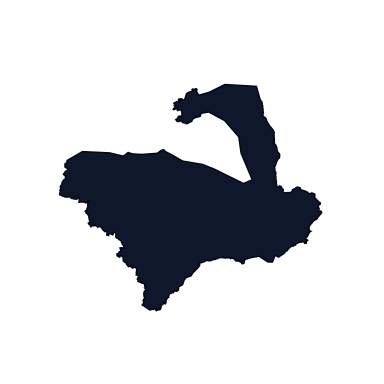 Cagaannuur, Hövsgöl, Mongolia, rotated 209°
{"feature_id": "93677404B97246695364333", "entity_name": "Cagaannuur", "entity_type": "district", "adm_level": 2, "iso_a3": "MNG", "parent_name": "Mongolia", "parent_adm1": "Hövsgöl", "projection": "mercator", "projection_center": [98.912, 51.64], "detail": "fine", "context": "isolated", "style": "filled", "palette": "ink", "viewbox_px": 384, "rotation_deg": 209, "n_neighbors": 0, "source": "geoboundaries", "source_scale": "gbopen_adm2", "svg_char_len": 6003}
<svg xmlns="http://www.w3.org/2000/svg" viewBox="0 0 384 384"><g transform="rotate(209 192 192)"><path d="M68.6,236.8L69.9,237.8L71.1,237.2L72.3,237.3L72.8,239.2L75.0,240.6L74.6,242.5L74.0,243.4L74.5,244.7L75.9,244.7L81.6,246.4L82.8,248.0L83.2,249.3L83.8,249.6L85.4,249.6L87.1,249.0L87.6,248.1L89.1,247.1L90.5,247.7L91.7,247.8L94.0,247.6L97.1,246.8L97.9,246.9L99.7,248.1L102.3,247.3L103.2,246.1L103.4,245.1L105.2,242.7L104.7,241.3L104.8,240.5L106.1,238.9L108.3,237.7L110.5,236.1L112.8,236.3L113.1,236.7L113.0,237.9L113.4,238.4L115.2,238.8L116.2,239.8L118.3,239.9L118.8,238.4L119.7,237.8L120.3,238.0L122.0,239.8L123.0,241.3L123.4,242.4L124.0,242.6L124.8,243.8L126.2,246.2L127.1,247.2L127.7,249.0L128.5,250.0L129.7,250.7L132.0,254.1L131.9,255.7L132.6,258.9L132.8,262.2L132.2,263.8L132.2,264.4L133.2,266.9L134.2,267.8L136.6,268.6L137.9,269.8L139.5,272.1L141.6,273.6L143.4,274.3L146.2,279.1L147.1,280.1L147.5,281.2L148.3,282.1L148.9,283.8L149.5,284.4L152.2,286.0L156.7,287.6L158.1,288.7L158.9,288.8L160.8,290.1L162.7,292.0L163.8,292.5L166.2,292.7L167.0,293.3L167.6,294.2L168.0,295.8L169.5,297.7L169.9,298.8L171.0,299.8L172.0,301.8L172.8,302.2L173.4,303.4L175.1,304.9L177.1,305.7L186.9,315.6L215.4,301.9L225.2,287.6L232.9,279.9L236.8,282.0L237.1,283.6L237.9,284.4L238.8,284.1L239.8,282.7L241.2,282.5L241.6,281.5L240.7,281.0L240.7,280.2L243.1,277.7L243.8,276.8L244.4,275.1L243.3,270.0L243.7,268.6L247.4,266.1L247.6,266.2L246.6,267.0L246.0,268.4L246.4,268.4L248.4,266.9L248.7,266.5L248.6,266.1L247.2,264.2L248.4,264.3L247.1,263.7L249.2,263.6L250.8,261.1L250.8,260.6L249.8,260.4L249.7,260.9L249.3,260.9L247.9,260.2L247.9,259.8L248.3,259.6L248.1,259.1L249.0,258.7L248.4,258.4L248.0,258.9L247.6,258.1L247.6,257.5L248.2,256.9L247.9,256.5L248.3,256.3L248.6,255.4L248.4,255.1L247.7,255.3L246.8,256.5L246.9,257.1L246.4,257.4L246.9,258.0L246.5,258.3L245.1,257.2L244.7,256.5L243.8,256.4L243.4,257.0L243.7,257.0L243.5,257.4L241.3,258.5L239.7,257.1L237.8,253.9L237.9,252.6L237.6,253.1L237.5,252.8L238.9,251.4L239.1,251.6L238.8,252.0L238.2,252.3L238.6,252.7L239.4,252.6L240.4,251.7L240.5,250.9L239.3,251.0L240.3,249.7L240.4,248.9L241.3,247.5L239.5,246.6L237.7,247.1L237.2,247.6L237.1,248.4L236.1,249.0L236.3,249.2L235.9,249.0L235.9,248.7L233.1,248.3L231.3,249.3L230.1,249.0L228.9,249.9L228.2,251.5L226.6,253.6L226.7,256.0L225.5,258.4L221.6,262.0L222.2,265.3L216.2,270.1L198.1,270.3L177.8,262.9L167.8,249.7L145.2,231.9L151.1,224.3L183.6,222.8L196.1,221.2L215.1,214.5L227.2,214.7L235.8,214.4L236.2,215.1L237.2,215.2L239.0,213.6L241.1,209.0L254.3,200.4L262.6,196.4L267.0,195.6L269.5,190.0L282.9,186.3L307.4,174.2L316.3,159.3L316.4,158.4L315.4,157.1L316.7,155.3L315.4,152.4L314.9,152.2L312.4,152.2L311.4,152.6L310.4,152.2L311.6,150.8L311.8,149.8L312.6,148.9L313.0,145.5L312.9,145.0L310.8,144.9L308.8,142.1L309.8,141.0L310.2,138.9L310.2,137.3L309.5,135.6L309.5,134.5L310.0,133.8L309.4,132.2L308.4,131.7L308.4,129.6L307.4,128.3L306.9,126.3L306.1,125.4L300.9,126.1L298.1,127.3L297.4,128.5L294.2,128.1L290.5,129.2L289.2,130.1L288.8,131.8L288.1,132.3L286.3,129.9L286.1,128.4L285.8,128.2L283.6,130.0L281.2,130.9L279.5,131.0L278.5,132.8L278.4,133.9L277.7,134.4L277.4,131.0L277.0,129.9L275.6,128.2L275.9,127.7L275.8,126.8L275.3,124.8L275.5,124.2L276.0,123.9L276.0,123.4L275.3,123.4L274.3,122.2L273.0,122.2L270.7,121.0L268.2,117.7L266.4,116.3L266.5,115.8L267.6,114.6L266.2,113.7L265.1,113.9L263.6,112.6L262.7,114.3L260.5,115.5L260.8,116.6L257.2,115.5L256.8,116.6L255.1,117.4L252.3,116.2L251.1,115.4L250.4,115.6L249.1,115.1L247.0,116.3L245.7,113.0L243.9,113.5L244.3,114.0L244.3,115.1L243.7,115.8L240.6,116.1L240.8,119.3L239.3,119.2L238.1,118.5L237.2,116.2L236.5,115.5L235.5,115.2L234.3,115.6L232.7,114.9L231.7,115.2L230.5,114.9L226.9,112.1L226.0,112.4L224.8,110.5L225.6,109.3L226.9,109.0L227.8,108.2L225.7,106.1L225.6,105.4L226.3,104.9L226.7,104.0L226.6,102.4L227.6,101.5L226.8,100.1L225.1,99.7L223.6,100.0L223.8,101.6L223.5,101.9L220.9,101.8L218.7,98.5L216.3,98.0L215.7,98.4L214.1,97.0L211.3,96.0L209.9,97.0L209.5,97.8L208.6,97.7L208.5,97.0L207.5,96.7L207.0,96.7L205.5,98.7L204.0,98.5L202.5,97.1L201.7,94.4L200.9,93.9L200.6,92.4L198.5,92.9L197.5,91.8L197.8,90.6L197.5,89.2L196.3,88.9L196.1,87.8L195.3,87.6L193.8,88.1L191.9,87.9L191.1,88.5L190.1,88.3L188.9,88.8L187.7,86.7L186.7,87.0L185.4,86.1L186.8,85.1L185.2,84.3L184.7,83.5L185.6,82.0L184.8,81.4L185.2,80.2L184.7,79.8L184.5,78.9L183.7,78.2L183.2,77.3L182.0,76.4L182.2,73.5L181.3,73.0L180.7,71.7L180.6,70.5L180.3,69.9L180.7,69.1L171.6,68.4L171.0,68.8L171.0,70.0L169.0,70.4L168.6,71.7L166.9,71.6L166.4,71.1L165.6,71.0L164.7,72.5L164.7,73.0L163.9,72.8L162.8,73.9L163.1,76.2L164.2,77.7L163.1,79.3L162.9,81.0L163.1,81.5L162.2,81.1L161.2,81.2L161.1,82.5L162.3,85.1L162.1,86.7L162.2,87.6L161.3,88.6L162.3,89.7L162.1,90.2L162.3,92.2L160.9,93.6L160.6,94.9L159.7,94.8L159.0,97.2L157.2,97.8L156.4,99.4L156.8,100.8L157.7,102.4L156.3,105.0L155.6,105.7L155.4,107.0L156.2,111.0L155.5,114.6L152.2,118.2L152.1,121.4L149.9,129.5L149.8,131.8L151.0,133.1L150.6,133.6L150.5,134.1L149.4,134.8L148.3,136.3L147.3,137.1L146.3,139.3L144.2,139.8L141.9,141.4L141.0,143.0L139.0,144.3L138.6,145.2L137.1,146.4L137.0,147.1L136.0,148.0L133.7,149.4L130.6,150.5L130.1,151.3L128.8,151.6L127.5,152.8L126.1,152.4L126.0,153.0L123.9,154.0L122.6,153.9L120.5,153.1L119.4,153.2L118.8,153.9L116.4,154.6L116.4,155.0L116.1,154.6L116.0,155.2L114.0,153.8L113.0,153.7L112.3,154.5L112.1,155.3L113.1,158.5L108.3,163.5L102.2,168.4L91.8,167.6L87.7,169.8L88.6,177.1L84.8,177.0L81.3,183.8L81.6,184.8L81.1,186.1L80.3,186.8L80.6,187.4L80.1,188.2L80.2,189.2L79.8,189.7L79.6,191.1L79.0,191.9L78.7,193.0L77.1,193.8L76.8,195.2L75.8,195.7L75.9,196.8L75.0,198.4L73.2,200.7L71.8,201.2L71.7,201.8L71.1,202.3L70.2,202.5L68.5,201.8L67.3,202.4L68.0,204.5L67.5,205.9L69.7,206.0L70.2,206.6L70.2,207.4L69.7,208.2L69.6,210.9L70.0,211.8L69.6,212.3L69.6,214.2L69.1,215.2L69.7,215.0L71.5,215.8L71.9,217.0L72.7,218.0L72.7,220.7L72.0,223.4L72.0,224.8L71.7,225.8L69.7,229.0L69.8,230.2L68.6,236.8Z" fill="#0f172a" stroke="#020617" stroke-width="1.5"/></g></svg>